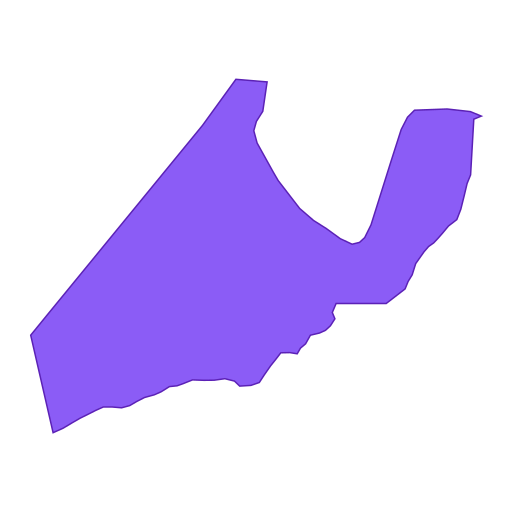 Junco do Seridó, Paraíba, Brazil
{"feature_id": "56859067B6318003326447", "entity_name": "Junco do Seridó", "entity_type": "district", "adm_level": 2, "iso_a3": "BRA", "parent_name": "Brazil", "parent_adm1": "Paraíba", "projection": "natural_earth1", "projection_center": [-36.749, -6.988], "detail": "fine", "context": "isolated", "style": "filled", "palette": "violet", "viewbox_px": 512, "rotation_deg": 0, "n_neighbors": 0, "source": "geoboundaries", "source_scale": "gbopen_adm2", "svg_char_len": 1129}
<svg xmlns="http://www.w3.org/2000/svg" viewBox="0 0 512 512"><path d="M267.1,81.9L235.9,79.3L202.5,125.4L47.5,314.6L30.7,335.2L53.1,432.7L63.1,428.2L71.8,423.0L80.1,418.2L89.2,413.7L95.7,410.4L103.3,407.0L112.3,407.0L121.6,407.8L129.7,405.6L136.7,401.5L144.5,397.5L154.3,394.8L161.1,391.8L169.4,386.6L177.1,385.8L183.0,383.7L192.5,379.9L203.8,380.3L214.1,380.2L224.9,378.7L234.5,381.1L239.7,386.1L250.9,385.4L259.3,382.5L264.2,375.0L270.6,365.8L275.5,359.7L280.8,352.8L289.8,352.6L297.2,353.8L300.5,348.1L305.6,343.8L310.4,335.2L319.6,333.0L325.5,330.3L330.4,325.8L334.9,318.8L332.3,312.5L336.1,303.5L386.2,303.5L405.1,288.9L408.1,281.5L412.2,274.8L415.7,263.6L424.1,251.7L428.6,246.5L433.7,242.9L438.1,238.2L442.6,233.1L448.5,226.0L456.8,219.6L460.8,209.3L464.1,196.1L467.1,183.5L470.6,174.9L473.8,119.2L481.3,116.1L470.4,111.6L447.2,109.0L414.5,110.2L407.5,117.2L401.2,129.5L390.7,162.3L371.0,224.9L364.7,237.6L359.5,242.4L352.1,244.2L340.3,238.7L326.4,228.6L313.6,220.5L299.7,208.5L278.2,180.6L273.2,172.0L257.1,143.0L253.8,130.7L256.4,121.4L262.8,111.3L267.1,81.9Z" fill="#8b5cf6" stroke="#5b21b6" stroke-width="1.5"/></svg>